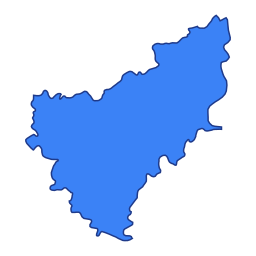 Vitebsk, Vitebsk, Belarus
{"feature_id": "67162791B85815486219336", "entity_name": "Vitebsk", "entity_type": "district", "adm_level": 2, "iso_a3": "BLR", "parent_name": "Belarus", "parent_adm1": "Vitebsk", "projection": "albers", "projection_center": [30.292, 55.263], "detail": "fine", "context": "isolated", "style": "filled", "palette": "blue", "viewbox_px": 256, "rotation_deg": 0, "n_neighbors": 0, "source": "geoboundaries", "source_scale": "gbopen_adm2", "svg_char_len": 5726}
<svg xmlns="http://www.w3.org/2000/svg" viewBox="0 0 256 256"><path d="M33.5,149.9L35.4,147.5L36.3,146.7L37.3,145.9L38.8,145.7L39.5,146.0L40.7,147.4L41.5,148.7L41.8,149.5L41.9,152.2L42.5,154.8L43.0,155.8L44.1,156.7L45.5,157.5L46.6,157.9L50.6,159.1L51.8,159.4L57.6,159.5L58.2,160.0L58.0,160.8L56.8,161.4L55.9,162.2L54.7,164.4L53.9,165.4L53.3,166.7L51.9,170.9L51.4,172.5L51.4,173.4L51.5,175.2L52.2,177.7L52.7,178.6L53.5,179.5L54.5,180.2L55.3,180.8L55.5,181.8L54.9,184.0L54.4,184.5L51.5,185.6L50.5,186.5L50.1,188.0L50.2,188.9L50.7,189.5L51.9,190.1L53.4,190.3L54.5,190.4L57.0,189.7L61.1,189.9L62.3,189.4L63.6,188.3L64.5,187.8L65.4,187.8L66.4,188.2L68.4,190.3L70.2,191.6L70.9,192.5L71.4,192.5L72.4,193.0L72.6,193.9L72.1,196.2L72.1,196.9L71.6,198.7L71.2,199.7L70.8,200.3L69.9,200.9L69.3,201.0L69.4,202.3L69.9,203.3L71.8,205.2L71.9,206.2L71.4,207.1L71.0,208.5L71.0,209.8L71.3,211.4L72.0,212.4L74.8,212.4L76.5,212.2L78.5,212.2L79.6,212.5L80.8,214.1L81.5,215.8L82.2,217.0L83.9,218.4L89.2,219.3L90.9,219.8L91.5,220.6L91.6,221.7L91.0,223.0L90.0,224.6L90.0,226.5L91.4,227.5L97.0,228.5L97.7,229.2L97.8,230.7L96.6,234.1L96.6,235.5L97.2,235.9L98.4,235.8L99.2,235.1L99.5,234.4L100.2,233.0L101.2,231.8L101.9,231.5L105.6,232.7L109.4,234.2L113.4,236.0L115.7,236.9L118.5,238.5L122.8,240.4L124.6,240.6L127.8,240.5L128.7,240.1L129.7,239.9L131.5,238.9L132.3,238.4L131.8,237.8L131.3,236.6L129.9,235.9L125.7,235.7L124.1,234.9L123.5,233.8L123.4,231.9L123.7,230.1L124.7,229.0L131.4,225.3L132.5,224.5L132.7,223.2L132.7,222.3L131.5,221.7L128.4,219.6L127.8,218.6L127.7,217.1L128.2,216.0L128.9,215.2L130.2,214.5L131.0,213.2L131.2,211.8L129.8,210.9L129.5,209.5L129.5,208.5L129.9,207.3L135.3,200.1L137.1,197.9L137.2,197.2L137.2,195.7L137.5,192.7L137.9,191.1L138.7,189.8L142.7,186.7L143.4,185.5L145.5,182.6L146.3,181.2L146.4,179.0L146.3,177.0L146.3,175.7L146.8,174.2L147.5,173.9L148.2,173.9L149.3,174.4L151.5,176.1L152.9,176.6L153.9,176.7L155.3,176.2L156.2,174.9L157.0,174.0L158.8,173.1L160.2,172.6L160.5,172.0L160.6,170.2L159.4,168.2L158.9,166.1L158.7,164.7L158.7,162.7L159.0,161.1L158.9,159.4L159.5,158.1L160.2,157.0L162.7,155.5L164.2,155.3L165.4,155.3L166.7,156.2L167.7,157.9L168.6,160.4L169.2,161.6L169.8,162.3L171.3,163.3L172.9,163.8L175.0,165.1L175.6,165.2L176.2,165.0L176.5,163.9L176.7,162.3L177.2,160.8L178.8,159.6L180.8,158.3L182.3,157.2L183.4,156.7L184.4,156.0L184.8,155.0L184.9,154.0L183.7,151.8L183.6,150.3L183.8,148.7L184.4,147.1L184.7,145.7L184.8,144.7L185.2,143.4L185.6,142.5L186.3,141.5L187.0,140.8L187.5,140.0L188.1,139.6L188.6,139.6L189.1,140.2L189.1,141.0L189.5,141.5L190.3,141.9L191.2,141.9L192.3,141.4L193.5,140.4L194.3,139.6L195.7,136.6L195.8,135.3L196.1,134.2L196.9,131.6L197.3,130.6L198.2,129.6L201.7,128.5L202.7,128.6L204.2,129.6L205.1,130.6L206.5,130.9L207.8,130.9L211.7,130.1L213.6,129.4L219.6,129.2L221.5,129.3L221.5,127.0L214.9,126.3L212.1,125.6L209.6,123.3L208.1,120.7L208.1,117.4L207.9,112.7L207.9,109.4L209.7,106.1L212.4,103.9L215.3,101.8L218.6,99.8L222.3,97.1L225.0,94.1L226.3,91.0L226.9,85.2L226.5,80.8L225.0,78.2L223.9,76.4L222.9,73.9L221.2,68.5L220.9,66.2L221.0,64.2L221.3,62.5L223.2,61.7L226.2,61.0L228.3,58.8L229.3,57.1L228.1,54.2L226.5,52.0L224.5,49.7L223.6,47.1L224.4,44.8L227.8,42.5L230.1,39.8L230.2,37.5L228.4,30.2L227.8,24.3L227.4,19.8L226.1,17.8L224.3,18.6L222.4,19.7L220.1,20.8L218.5,17.7L216.2,15.4L214.5,16.5L212.6,18.5L211.4,21.0L209.0,23.8L207.0,26.6L204.3,28.2L199.5,28.1L197.8,27.1L197.4,26.4L194.2,27.4L192.2,28.0L189.5,28.4L188.6,28.7L188.5,29.3L188.8,30.2L189.5,31.0L189.9,31.8L189.9,32.7L189.5,33.3L188.8,34.1L187.6,34.8L187.4,35.4L187.5,36.5L186.1,37.2L184.5,37.4L182.7,37.9L181.4,39.0L179.1,41.4L177.4,42.7L176.3,43.0L172.4,42.8L170.3,43.3L169.3,43.7L167.9,43.6L166.5,43.3L165.1,43.4L163.2,44.1L162.1,44.1L160.6,44.1L159.1,43.6L157.8,43.5L156.4,43.7L154.8,44.3L152.9,45.9L152.5,47.1L152.5,48.2L152.8,49.2L153.6,50.1L154.2,51.1L154.6,52.3L155.2,54.9L155.3,56.1L155.2,58.0L155.3,59.7L155.8,61.0L157.6,62.9L158.3,63.3L158.7,63.7L158.9,64.4L158.8,65.1L158.3,65.9L157.1,66.7L156.2,67.5L149.6,69.5L148.4,70.4L146.6,72.3L145.0,73.7L143.8,74.2L142.1,74.3L141.5,73.7L140.7,72.6L140.1,72.1L139.3,72.1L138.7,72.4L137.7,74.4L137.4,74.8L136.9,75.0L136.3,74.9L135.8,74.6L134.2,73.3L133.5,72.9L132.1,71.8L130.6,71.4L129.3,71.5L127.0,72.6L124.1,74.4L123.0,75.4L122.5,76.2L121.9,78.3L121.7,79.5L121.0,80.5L119.9,81.6L118.3,82.6L116.0,84.5L113.4,86.4L111.3,88.2L109.8,89.0L108.4,89.5L106.8,89.5L104.8,90.2L104.3,90.8L104.1,91.8L104.2,92.5L104.1,93.4L103.0,94.6L102.4,96.0L101.9,98.0L101.1,98.9L99.2,100.2L98.1,100.6L95.7,100.7L94.4,100.7L93.3,100.3L92.0,98.4L90.6,96.1L88.6,94.1L87.3,92.3L86.4,91.6L84.8,91.3L84.0,91.6L81.4,93.2L79.7,93.9L76.3,94.3L75.3,94.8L74.6,95.3L72.7,97.1L71.4,97.6L69.9,97.9L66.6,97.7L66.0,97.4L65.3,96.8L64.9,96.2L63.9,96.0L63.2,96.2L62.3,97.1L61.4,98.3L60.5,99.0L60.0,99.1L59.6,98.3L60.3,95.6L61.1,94.4L60.5,93.7L59.3,93.6L58.0,93.7L56.2,94.7L53.6,97.2L53.0,98.0L51.9,98.4L50.8,98.3L49.9,97.6L48.7,95.7L48.2,94.7L48.0,93.4L47.7,92.5L46.9,91.3L46.0,90.6L45.2,90.4L44.6,90.5L43.5,91.3L42.7,93.3L41.3,94.9L40.5,95.3L39.1,95.7L36.8,95.7L33.6,95.3L33.6,96.6L33.5,99.1L33.1,100.4L31.8,101.9L31.5,102.7L31.3,103.6L31.3,104.5L31.5,105.3L32.6,106.9L33.1,107.4L35.1,109.0L35.4,109.6L35.4,110.4L35.2,110.8L34.8,111.3L33.8,111.7L33.5,112.0L33.2,112.8L33.4,113.5L33.8,114.4L33.8,115.3L33.7,115.9L33.3,116.8L32.7,117.4L32.6,118.1L33.2,119.4L33.6,120.0L34.0,121.3L34.0,122.3L33.8,123.1L32.7,124.2L31.8,125.3L31.4,126.6L31.9,127.7L32.9,128.8L35.0,130.1L36.2,131.3L37.9,134.3L37.9,135.3L37.6,136.0L36.3,136.2L35.7,135.8L34.4,134.7L33.7,134.5L31.2,135.8L27.3,138.3L25.9,139.6L25.8,141.0L26.5,142.8L27.1,143.7L31.2,148.2L32.1,148.9L32.7,149.6L33.5,149.9Z" fill="#3b82f6" stroke="#1e3a8a" stroke-width="1.5"/></svg>